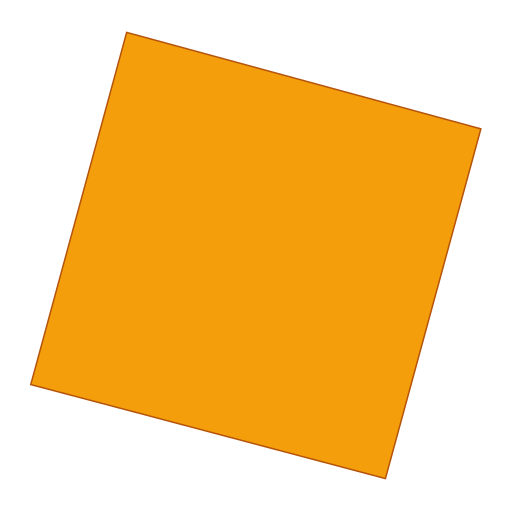 Pocahontas, Iowa, United States of America, rotated 105°
{"feature_id": "52423323B21865505270884", "entity_name": "Pocahontas", "entity_type": "district", "adm_level": 2, "iso_a3": "USA", "parent_name": "United States of America", "parent_adm1": "Iowa", "projection": "albers", "projection_center": [-94.679, 42.734], "detail": "fine", "context": "isolated", "style": "filled", "palette": "amber", "viewbox_px": 512, "rotation_deg": 105, "n_neighbors": 0, "source": "geoboundaries", "source_scale": "gbopen_adm2", "svg_char_len": 237}
<svg xmlns="http://www.w3.org/2000/svg" viewBox="0 0 512 512"><g transform="rotate(105 256 256)"><path d="M75.0,71.7L73.5,438.8L438.5,440.3L438.2,349.6L437.5,73.4L75.0,71.7Z" fill="#f59e0b" stroke="#b45309" stroke-width="1.5"/></g></svg>